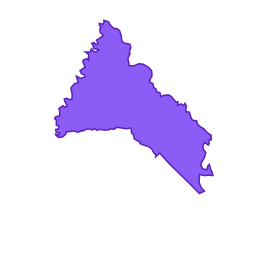 the district of Arvorezinha, Rio Grande do Sul, Brazil, rotated 49°
{"feature_id": "56859067B39750308263867", "entity_name": "Arvorezinha", "entity_type": "district", "adm_level": 2, "iso_a3": "BRA", "parent_name": "Brazil", "parent_adm1": "Rio Grande do Sul", "projection": "albers", "projection_center": [-52.195, -28.889], "detail": "fine", "context": "isolated", "style": "filled", "palette": "violet", "viewbox_px": 256, "rotation_deg": 49, "n_neighbors": 0, "source": "geoboundaries", "source_scale": "gbopen_adm2", "svg_char_len": 2231}
<svg xmlns="http://www.w3.org/2000/svg" viewBox="0 0 256 256"><g transform="rotate(49 128 128)"><path d="M224.3,117.1L225.8,111.8L220.8,111.8L215.7,110.1L210.0,104.4L214.0,101.6L217.0,97.6L219.6,95.1L216.8,93.6L213.1,92.7L208.8,90.4L208.9,92.4L211.2,96.0L208.1,98.2L206.3,98.1L203.6,97.0L202.2,94.9L200.3,89.5L197.6,85.5L192.6,84.8L191.1,83.5L189.8,81.8L189.5,79.7L193.6,78.6L192.8,76.6L190.2,75.4L191.6,72.9L187.9,70.0L186.1,70.7L181.7,71.4L178.8,71.2L173.5,72.8L170.2,72.8L167.7,71.5L164.4,74.1L161.7,73.8L159.2,72.5L156.1,71.3L154.1,73.5L151.4,71.9L150.0,69.6L146.8,68.9L147.6,71.3L144.7,72.0L143.3,75.6L141.0,73.1L139.9,74.8L137.2,74.8L134.7,74.6L131.7,74.8L129.5,75.8L126.6,80.0L126.1,82.6L122.1,80.7L119.5,82.8L117.0,81.3L114.4,82.0L110.8,80.1L107.5,81.5L105.4,78.7L104.7,76.1L102.6,74.2L100.1,72.6L96.0,72.6L89.9,74.6L86.7,77.6L84.8,83.1L81.9,86.2L75.4,82.5L73.2,77.6L71.4,77.0L69.3,73.2L66.0,71.6L61.0,75.4L58.0,75.4L54.1,72.6L49.0,70.5L45.6,71.2L44.2,73.0L41.2,73.7L37.7,73.7L35.2,73.0L30.9,75.5L32.5,77.0L33.4,78.8L30.2,81.0L32.2,82.3L34.2,82.0L34.6,84.1L37.7,86.4L40.5,85.9L42.2,86.5L41.0,94.0L44.7,95.3L44.0,97.4L41.3,97.6L40.3,99.8L43.5,100.4L45.3,101.9L49.7,98.7L49.8,102.1L47.4,103.7L44.3,103.8L45.8,106.7L42.7,110.3L46.5,109.4L50.8,113.2L48.7,113.5L47.3,117.0L48.4,118.6L53.9,120.4L53.2,126.6L56.4,127.6L59.4,126.0L61.1,126.7L59.9,130.9L55.0,133.0L61.2,135.9L59.5,139.1L60.1,144.2L61.3,145.6L65.7,147.8L69.0,150.9L68.7,153.2L65.2,155.0L64.3,157.1L66.0,158.1L71.5,159.4L70.9,162.1L68.5,162.4L68.2,164.6L68.1,167.6L70.6,168.4L73.9,171.5L72.1,175.3L72.7,177.2L75.2,177.0L78.7,180.2L81.4,178.9L83.0,181.4L81.6,183.5L84.3,185.1L87.1,182.9L87.7,185.3L84.6,187.1L89.6,186.7L91.8,183.3L91.9,179.6L90.6,177.1L92.2,174.7L93.8,172.1L96.0,169.8L98.2,169.0L99.2,166.0L100.8,163.5L101.7,159.9L103.8,157.5L106.2,156.1L106.1,154.1L109.3,152.9L110.9,149.8L114.1,147.3L115.4,145.3L116.8,143.8L117.2,141.5L119.7,139.6L120.3,135.8L127.6,129.7L129.4,126.3L131.3,126.4L133.8,128.6L136.7,128.2L140.2,130.4L144.5,129.1L146.0,128.0L147.5,129.3L152.9,126.4L154.5,125.1L159.3,123.7L161.6,124.4L164.1,124.8L166.7,124.4L167.9,126.0L167.7,120.5L181.8,120.3L210.0,118.0L224.3,117.1Z" fill="#8b5cf6" stroke="#5b21b6" stroke-width="1.5"/></g></svg>